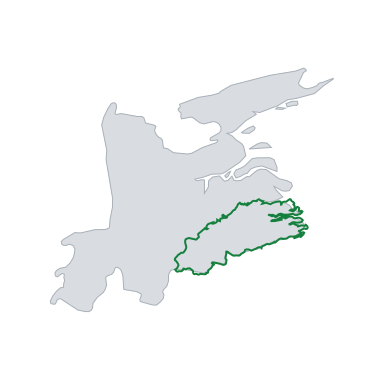 Khulna highlighted on a map of Bangladesh, rotated 262°
{"feature_id": "BGD-2432", "entity_name": "Khulna", "entity_type": "Division", "adm_level": 1, "iso_a3": "BGD", "parent_name": "Bangladesh", "parent_adm1": "", "projection": "robinson", "projection_center": [89.364, 22.917], "detail": "fine", "context": "in_parent", "style": "outline", "palette": "green", "viewbox_px": 384, "rotation_deg": 262, "n_neighbors": 0, "source": "natural_earth", "source_scale": "10m", "svg_char_len": 9745}
<svg xmlns="http://www.w3.org/2000/svg" viewBox="0 0 384 384"><g transform="rotate(262 192 192)"><path d="M132.4,277.5L132.3,267.7L126.3,248.5L126.6,246.3L125.4,237.1L123.8,231.9L123.1,226.5L126.7,218.6L125.3,217.3L117.2,214.9L116.3,212.9L118.0,205.2L112.2,197.8L110.0,192.4L116.1,174.7L117.7,162.4L117.3,160.0L113.5,157.3L106.8,156.2L102.1,153.9L99.4,150.4L97.1,149.0L94.2,150.0L90.5,148.7L87.4,145.2L84.9,141.0L85.9,136.5L90.7,125.6L92.6,125.3L96.7,127.4L98.3,127.4L101.1,123.1L105.0,110.9L118.4,111.9L121.6,111.5L125.0,110.6L126.8,109.0L127.9,107.1L127.5,105.4L123.4,103.1L121.8,101.3L120.7,96.5L119.4,94.6L111.3,94.4L107.1,92.1L104.8,90.1L100.7,83.4L95.6,78.5L90.8,77.3L88.9,75.7L87.9,73.2L88.5,69.5L91.0,62.5L104.4,47.3L104.7,45.6L104.2,43.7L100.3,41.2L100.0,40.0L101.1,36.8L103.4,36.4L108.0,39.3L112.6,44.0L115.4,48.2L115.5,51.5L119.2,52.2L122.2,53.6L125.4,53.2L127.4,54.0L128.8,53.7L129.3,51.8L126.7,47.0L127.9,45.0L131.0,45.1L133.2,46.9L134.8,50.6L135.1,56.3L138.7,61.5L143.5,65.2L147.2,66.9L151.7,68.1L155.5,66.9L157.4,63.3L156.6,60.1L157.1,57.2L158.7,55.6L161.1,55.7L162.9,58.0L168.1,70.3L167.0,75.8L168.2,90.9L166.9,100.8L167.7,104.6L168.6,105.3L176.5,107.1L187.9,111.1L196.6,112.5L236.1,111.4L244.8,113.4L271.1,111.9L278.3,115.0L286.1,120.2L290.5,124.0L291.3,126.2L290.9,128.1L289.4,129.1L286.7,129.2L280.5,126.7L279.4,127.4L279.4,133.3L274.4,148.2L273.7,152.9L272.0,154.7L266.8,155.6L263.3,164.3L261.9,165.4L258.5,163.5L256.4,163.8L253.7,164.6L251.0,166.6L249.2,169.1L247.1,169.9L239.7,169.8L238.3,173.8L233.5,179.1L230.2,193.1L230.5,197.4L234.6,208.5L237.5,223.0L238.6,224.5L240.0,224.6L240.1,218.0L241.4,217.1L243.1,217.9L246.6,226.8L248.6,229.1L251.7,229.7L255.2,228.4L257.7,225.8L258.8,222.9L257.8,213.2L259.5,209.2L265.5,203.3L266.3,201.5L265.9,191.7L268.2,191.4L271.2,192.2L275.0,189.8L276.2,189.8L277.8,192.3L280.6,191.9L284.8,211.2L285.1,224.9L286.1,232.5L287.6,234.2L292.2,245.6L296.7,285.7L297.3,311.1L299.1,319.8L297.7,321.7L296.2,322.1L294.8,319.1L285.1,312.6L282.7,313.3L279.4,317.0L278.1,320.5L278.7,325.4L279.8,330.2L282.1,333.0L282.3,336.0L284.9,347.5L284.2,347.6L278.9,337.1L272.4,326.9L270.2,308.5L270.0,299.4L265.5,288.8L261.3,270.2L263.1,263.6L260.0,266.5L255.2,255.3L247.5,244.4L245.3,239.6L245.2,234.8L241.9,239.6L237.5,242.9L233.0,247.9L230.0,249.4L220.4,250.3L214.9,243.6L206.9,227.3L205.9,223.6L206.9,214.0L205.0,204.8L204.4,196.8L203.0,197.5L202.5,199.7L202.8,203.1L202.2,206.0L188.9,204.1L194.6,208.9L200.7,210.0L203.9,214.3L204.1,221.4L198.1,225.7L198.6,229.4L202.1,233.8L197.9,235.0L196.8,237.9L196.7,242.0L199.6,248.3L199.1,250.8L204.2,259.0L205.1,263.0L203.9,268.6L193.1,279.9L189.9,287.9L187.2,291.6L183.9,292.3L179.8,288.5L179.8,284.6L180.6,281.5L186.2,274.0L183.2,275.0L174.4,281.2L172.7,276.2L171.6,271.6L171.6,265.9L175.8,257.4L171.0,261.6L169.7,266.9L170.3,273.2L169.6,277.6L167.8,283.4L165.2,286.8L161.1,289.1L159.2,292.5L156.4,295.0L155.5,283.3L152.5,267.6L151.8,271.0L153.4,280.8L153.3,287.1L151.0,292.1L146.4,297.5L142.9,298.2L140.9,297.4L134.4,289.3L133.8,281.7L132.4,277.5ZM212.7,277.7L204.6,279.6L200.5,279.0L208.1,264.8L207.9,258.5L206.7,253.4L202.7,249.2L202.5,246.3L200.7,242.2L199.8,237.5L204.2,236.0L207.7,238.7L209.0,244.1L210.7,248.1L216.8,256.4L216.7,261.4L215.1,273.9L212.7,277.7ZM230.0,273.0L225.1,276.8L226.6,254.5L230.3,262.8L231.3,267.2L230.0,273.0ZM248.9,261.9L246.7,263.5L244.7,262.1L242.1,256.9L243.3,250.2L244.1,249.3L247.3,256.1L248.9,261.9ZM267.3,308.9L264.5,309.2L263.1,307.6L263.7,305.4L263.0,298.1L266.5,297.4L267.9,303.5L267.3,308.9ZM264.1,288.7L262.0,295.9L261.2,292.7L262.6,286.4L264.1,288.7ZM206.3,230.6L207.1,233.0L202.6,230.0L201.4,227.8L203.4,226.7L206.3,230.6Z" fill="#d9dde1" stroke="#a8b0b8" stroke-width="1"/><path d="M132.8,275.5L133.6,274.3L133.5,273.0L133.3,272.0L132.9,271.1L130.9,268.2L130.4,267.1L131.1,266.6L130.3,265.2L130.1,264.5L129.5,261.6L129.5,261.1L129.6,260.6L130.0,259.9L130.1,259.4L129.9,258.2L129.1,256.0L128.7,254.1L128.1,253.6L126.7,253.0L127.7,252.2L128.0,251.0L127.8,249.5L127.3,248.2L126.8,247.0L126.4,245.1L125.9,243.6L125.7,242.6L126.1,241.9L127.1,240.4L127.5,238.6L127.5,237.6L127.4,236.8L126.9,236.3L125.6,235.8L125.1,235.1L124.1,232.6L123.6,231.7L122.7,230.6L122.5,230.0L122.6,228.9L123.0,227.4L123.1,224.6L123.7,223.3L126.3,220.4L127.5,219.3L127.9,218.8L128.2,218.2L128.2,217.7L127.9,217.5L126.6,217.5L126.2,217.4L122.6,216.0L121.8,215.8L121.2,215.9L120.5,216.5L120.1,216.7L119.6,216.7L116.6,215.7L115.9,215.1L115.5,214.0L115.5,212.9L115.9,211.8L117.0,209.9L119.3,203.5L119.4,202.3L118.8,201.8L118.1,202.3L117.6,203.2L117.0,203.5L116.3,202.0L115.8,201.8L114.5,200.8L113.7,199.9L112.6,197.8L111.9,197.0L111.5,196.9L110.6,197.0L110.2,196.8L109.7,196.2L109.7,195.9L109.8,195.5L109.9,194.8L109.7,194.6L109.2,194.5L108.8,194.3L108.7,193.7L109.7,188.8L109.6,188.3L109.3,187.5L109.3,186.9L109.5,186.4L110.2,185.2L110.5,184.6L110.5,184.1L110.3,183.1L110.5,182.6L111.2,182.0L112.1,181.9L113.1,182.0L114.0,181.8L114.6,181.3L116.4,179.5L116.8,178.9L116.9,177.9L116.8,176.7L116.5,175.7L116.2,175.1L116.8,174.0L117.3,173.3L117.3,172.8L116.2,172.5L116.1,171.8L115.2,171.0L115.0,170.4L115.3,168.8L115.4,168.1L115.2,167.0L115.1,166.5L115.4,165.9L115.9,165.4L117.6,164.6L117.7,165.0L117.8,165.4L118.6,166.6L118.9,166.9L120.0,167.5L121.0,168.3L121.9,168.4L122.8,168.2L125.8,166.7L126.4,166.2L126.9,165.6L127.3,165.6L128.2,165.8L129.0,166.4L130.1,167.9L131.8,169.7L132.2,171.0L133.1,172.3L133.3,172.8L133.3,173.3L133.1,174.5L133.2,175.0L133.7,175.6L135.4,177.2L136.4,177.9L137.4,178.4L138.7,178.7L142.6,178.2L143.8,178.3L145.0,178.6L146.0,179.1L146.7,181.2L146.8,181.7L146.8,182.7L144.3,189.4L144.5,189.9L146.4,192.5L147.7,192.4L148.5,192.2L149.1,192.1L149.6,192.3L152.3,196.7L152.9,197.4L153.2,198.0L153.7,199.2L154.2,199.5L154.4,199.7L154.0,200.3L153.1,201.0L153.1,201.8L153.4,202.4L154.1,201.3L155.5,201.4L156.9,202.3L157.8,203.2L158.2,204.3L159.1,208.7L158.5,208.4L158.2,207.9L157.8,207.9L157.8,209.6L158.5,211.7L159.6,213.1L161.0,213.1L160.5,213.9L159.6,214.9L159.2,215.7L161.6,216.4L161.8,217.3L161.6,218.5L162.3,219.4L162.9,219.5L163.7,218.8L164.2,218.7L164.9,219.0L165.1,219.5L165.0,219.9L164.4,220.2L164.1,220.4L163.4,221.5L163.0,222.2L162.6,222.0L161.7,221.2L161.6,221.8L161.8,222.7L162.0,223.1L162.4,223.4L163.2,223.6L163.6,223.8L164.0,224.5L165.2,227.1L165.9,228.1L167.4,229.6L168.0,230.4L168.5,231.9L168.7,232.3L169.9,233.0L171.2,234.5L173.2,235.6L173.8,236.3L174.7,237.9L174.0,238.5L173.5,238.5L173.3,238.6L172.9,239.4L173.3,239.9L173.3,240.1L173.2,240.3L172.5,240.7L172.3,241.1L172.4,241.8L172.5,242.0L172.9,242.2L173.2,242.5L172.9,242.9L171.5,243.9L171.1,244.5L171.1,244.8L171.4,244.9L172.6,245.0L173.0,245.2L173.2,245.6L173.3,246.0L173.2,246.3L173.1,246.5L172.9,246.5L172.4,246.3L172.2,246.3L171.9,246.5L172.7,247.7L173.3,249.3L174.0,249.9L174.3,250.2L174.4,250.6L174.6,251.4L174.6,252.6L174.0,254.2L174.0,254.7L174.0,254.9L174.2,255.1L175.0,255.6L175.1,255.9L175.5,257.2L174.0,258.8L173.4,259.7L173.2,260.5L172.8,261.4L172.0,261.1L170.6,259.9L170.7,261.1L171.1,262.9L170.9,264.0L169.0,268.1L169.6,269.2L170.1,271.1L170.6,274.7L170.7,276.6L170.5,277.5L170.1,278.2L169.4,278.7L168.7,278.6L168.0,278.4L167.1,278.4L167.1,278.8L168.1,279.2L168.9,279.8L169.4,280.6L169.6,281.9L169.3,283.4L169.4,284.0L169.5,284.5L170.2,285.5L170.6,286.5L171.0,287.2L171.3,287.8L171.0,288.7L169.6,289.1L168.4,290.2L167.9,291.0L166.6,291.7L166.1,291.7L165.9,291.5L165.6,290.7L165.0,290.9L164.3,291.4L163.8,291.7L163.0,291.6L162.1,291.4L161.3,291.1L160.8,290.6L160.4,289.6L160.4,289.0L160.9,288.0L160.8,287.5L160.1,286.5L158.8,289.5L159.3,290.5L160.2,291.8L161.3,293.0L162.2,293.5L162.6,294.0L162.1,295.1L161.1,295.9L159.9,295.6L159.4,295.2L158.9,295.1L157.7,295.4L157.6,295.7L158.2,297.6L157.3,298.6L156.3,297.9L155.0,295.7L155.1,294.8L154.5,292.5L154.7,291.3L155.0,290.6L155.9,289.5L156.3,288.7L156.4,287.8L156.2,283.9L156.6,280.8L156.8,279.7L157.9,277.6L158.2,276.4L158.0,275.2L157.6,274.1L157.0,273.1L156.4,272.3L156.4,271.6L157.8,269.5L158.2,268.6L158.2,267.5L158.4,266.4L158.7,265.3L159.1,264.4L158.6,264.8L158.2,265.5L157.5,267.0L157.0,267.5L156.8,268.0L157.3,269.3L157.0,269.7L156.1,270.5L155.5,271.4L155.6,272.1L156.6,274.0L156.8,274.6L156.9,275.2L156.9,276.4L156.8,277.0L156.4,278.0L155.9,282.0L155.6,282.8L154.8,283.3L154.4,282.5L154.3,280.1L154.5,279.5L154.9,278.4L155.0,277.7L152.9,272.3L152.8,271.2L153.0,268.8L152.9,267.7L152.5,266.6L152.1,266.6L151.7,270.1L152.1,276.9L152.5,276.9L152.5,276.2L152.7,275.5L153.0,275.1L153.1,275.3L153.3,276.4L153.6,277.0L154.1,278.1L154.1,278.9L153.7,280.2L153.4,280.5L152.9,280.6L152.8,280.8L152.8,281.2L153.1,281.7L153.3,282.3L153.8,283.6L154.2,284.1L154.3,284.5L153.8,287.4L153.4,288.0L152.1,289.1L151.6,290.0L151.6,290.8L151.8,293.0L151.7,294.2L151.2,295.3L150.6,296.1L148.9,297.7L148.4,297.7L147.2,296.3L146.9,295.5L146.9,294.1L147.0,291.7L147.3,290.7L147.9,289.0L148.0,287.8L147.8,286.7L146.9,284.9L146.7,284.0L146.4,284.0L146.1,284.8L146.2,285.5L146.5,286.1L146.7,286.9L146.7,287.8L146.5,288.3L145.3,289.8L145.0,290.3L144.0,292.7L143.8,292.7L143.5,292.0L143.2,292.0L143.2,293.4L143.7,295.5L143.5,296.8L142.7,298.7L142.9,299.3L143.8,299.8L143.3,300.5L142.5,301.1L141.6,301.5L140.7,301.6L139.8,301.1L139.5,300.1L139.7,299.1L140.2,298.7L140.3,298.1L138.8,293.7L138.7,292.6L138.5,292.4L138.1,292.7L137.6,293.2L137.4,293.7L137.2,293.9L136.6,293.8L135.5,293.2L135.1,292.7L134.9,292.4L133.7,288.0L133.6,287.1L133.7,286.0L134.2,283.7L134.2,282.5L133.9,281.3L132.9,279.8L132.7,279.0L132.9,276.5L132.8,275.5ZM134.3,293.6L136.5,295.0L136.7,296.5L136.1,297.4L134.7,296.6L132.4,293.6L132.4,293.4L132.7,293.1L133.0,292.0L133.0,291.0L132.5,289.2L132.4,288.4L132.1,287.4L132.1,286.9L132.7,286.9L132.9,287.0L133.1,287.6L133.3,288.4L133.8,292.0L134.3,293.6Z" fill="none" stroke="#15803d" stroke-width="2"/></g></svg>